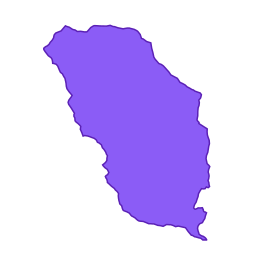 the district of Qomoqomong, Quthing, Lesotho, rotated 189°
{"feature_id": "5366337B91724059499872", "entity_name": "Qomoqomong", "entity_type": "district", "adm_level": 2, "iso_a3": "LSO", "parent_name": "Lesotho", "parent_adm1": "Quthing", "projection": "robinson", "projection_center": [27.812, -30.459], "detail": "fine", "context": "isolated", "style": "filled", "palette": "violet", "viewbox_px": 256, "rotation_deg": 189, "n_neighbors": 0, "source": "geoboundaries", "source_scale": "gbopen_adm2", "svg_char_len": 3888}
<svg xmlns="http://www.w3.org/2000/svg" viewBox="0 0 256 256"><g transform="rotate(189 128 128)"><path d="M205.8,219.1L209.3,213.4L212.4,211.6L214.2,210.5L214.8,209.6L215.5,208.3L215.6,206.7L215.6,205.4L216.6,202.9L217.7,201.2L218.2,200.5L219.1,198.2L220.7,196.4L222.2,195.4L223.0,194.4L223.7,193.6L223.4,192.3L221.9,190.6L219.4,188.2L218.0,186.9L216.0,185.9L215.1,185.5L213.7,183.9L212.8,181.5L212.5,180.1L211.3,180.1L208.8,179.7L207.7,178.7L207.1,178.2L206.2,176.7L204.8,174.4L203.4,172.4L201.2,171.2L200.6,170.3L199.4,168.7L198.1,167.3L197.8,166.7L197.3,165.3L196.9,164.4L196.2,162.5L195.4,159.4L194.4,157.2L191.8,154.5L190.4,153.3L188.3,151.5L189.1,149.4L189.8,148.2L190.8,146.2L191.2,144.0L190.3,142.1L188.1,139.8L187.0,138.6L185.7,137.1L185.4,136.7L183.2,134.2L183.5,132.7L183.2,131.0L182.1,129.7L181.4,126.8L180.1,125.7L178.2,124.7L177.2,124.0L176.3,123.4L174.9,122.2L174.9,119.3L173.6,117.3L172.6,115.7L171.1,113.0L169.8,113.7L168.5,113.8L167.4,113.8L166.5,113.8L164.1,113.4L162.9,113.1L161.8,112.9L159.7,112.5L157.4,111.2L155.9,109.1L154.5,108.8L151.7,107.3L150.2,104.5L148.6,103.3L146.3,100.8L145.1,98.6L144.0,97.5L144.1,94.9L143.8,92.7L144.3,91.5L144.8,90.5L146.0,89.0L147.3,87.6L146.5,86.7L144.6,85.2L142.0,83.9L140.0,81.1L140.8,78.8L142.1,77.7L142.8,76.6L141.9,75.1L140.9,74.1L140.5,73.1L140.0,71.9L139.8,70.9L138.7,70.3L136.8,69.0L135.2,67.9L131.9,66.1L130.9,64.9L129.0,63.7L128.3,63.1L127.1,61.8L127.0,59.5L126.4,57.2L125.5,54.6L125.0,53.7L124.3,51.8L122.1,50.2L120.9,47.5L120.0,46.1L119.3,45.7L117.9,45.4L115.9,45.0L113.3,44.1L111.6,42.4L110.5,41.6L109.1,41.2L106.5,40.1L105.8,39.5L104.0,38.4L102.6,37.9L101.2,37.9L98.2,38.1L97.1,37.8L95.7,37.5L94.1,37.1L92.5,36.7L90.5,37.0L89.0,37.1L87.4,37.3L84.8,36.8L83.4,36.5L81.6,36.6L80.4,36.6L79.3,36.5L77.9,36.4L76.4,37.5L75.8,38.0L74.8,38.7L71.6,39.0L70.7,39.2L68.2,38.8L65.6,38.0L63.0,39.0L61.5,38.9L55.6,38.5L52.3,35.1L48.7,32.0L47.5,32.0L46.6,31.6L45.1,31.0L43.8,31.0L41.0,30.6L38.9,30.5L36.6,29.1L32.3,29.8L32.7,29.9L33.2,30.2L33.5,30.8L34.6,31.7L36.5,32.7L38.7,33.1L41.1,34.1L41.6,35.2L42.7,37.3L43.6,39.6L43.6,41.7L42.9,43.5L42.1,44.7L39.7,46.2L39.0,48.3L38.0,50.5L37.8,53.2L37.2,56.5L37.5,56.6L38.3,57.1L39.0,57.0L39.4,57.1L39.9,57.3L40.3,57.7L40.6,58.2L41.0,59.4L41.4,59.6L41.6,60.2L41.9,60.7L42.1,60.9L42.8,60.7L43.5,60.5L44.3,60.3L45.1,60.2L45.7,60.1L46.2,60.1L46.6,59.8L47.1,59.3L47.9,58.9L48.5,58.4L49.0,58.4L49.6,58.5L50.1,58.8L50.6,59.4L50.6,59.8L50.6,60.5L50.4,61.6L50.3,62.5L50.2,62.9L49.1,65.5L48.7,68.3L48.1,71.3L48.1,74.1L47.0,77.2L45.9,79.6L44.3,79.6L42.4,80.1L41.4,82.0L39.5,81.6L38.3,82.9L39.1,84.8L39.7,86.9L40.7,88.5L40.4,90.6L40.4,93.3L40.9,94.9L41.9,97.0L41.9,99.4L41.2,102.7L42.2,103.7L44.3,105.2L46.1,109.9L46.2,112.9L45.4,116.5L45.4,119.4L45.4,122.6L45.1,125.2L45.9,128.6L47.4,131.3L48.5,133.5L49.3,136.6L49.6,139.5L58.7,143.5L58.7,144.6L60.2,145.7L61.1,146.8L61.1,148.7L61.0,150.8L61.5,154.2L61.7,155.7L61.8,157.5L61.9,159.0L61.4,161.4L61.5,164.2L62.4,166.6L61.5,168.1L61.0,169.0L60.9,169.9L60.8,170.9L60.7,172.4L62.2,173.9L64.6,174.3L66.6,174.7L67.7,174.9L69.4,175.8L70.9,176.0L73.3,177.0L76.1,177.9L78.2,179.4L80.9,180.4L81.6,180.6L83.8,181.2L86.5,184.2L87.1,184.8L90.7,186.0L93.0,186.8L93.9,187.1L96.7,190.0L98.1,191.1L100.4,193.0L102.7,194.8L103.8,195.4L105.1,196.0L107.6,196.5L108.9,197.6L112.1,200.3L113.6,202.1L115.3,206.5L117.1,210.5L118.0,213.3L118.8,215.7L123.1,216.3L126.9,218.3L128.7,218.6L130.2,221.5L130.6,222.3L131.7,223.3L133.3,224.8L134.5,225.5L137.3,226.4L138.4,226.5L141.6,226.8L142.3,226.9L144.6,226.5L147.0,225.7L148.3,225.2L153.7,225.4L157.0,226.0L158.7,225.9L161.7,226.6L165.1,225.3L171.6,224.4L175.0,224.1L177.4,223.8L178.3,223.3L180.5,221.4L183.0,217.4L183.7,216.5L185.9,216.1L188.0,216.1L189.9,216.1L193.2,215.4L195.5,216.5L198.1,216.7L199.6,217.4L200.1,217.6L201.9,218.4L203.7,218.6L204.7,218.8L205.8,219.1Z" fill="#8b5cf6" stroke="#5b21b6" stroke-width="1.5"/></g></svg>